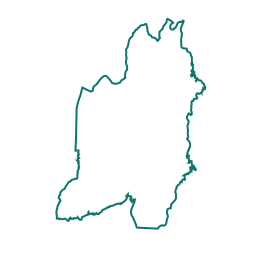 outline of Huazalingo, Hidalgo, Mexico, rotated 173°
{"feature_id": "50627088B24413335257695", "entity_name": "Huazalingo", "entity_type": "district", "adm_level": 2, "iso_a3": "MEX", "parent_name": "Mexico", "parent_adm1": "Hidalgo", "projection": "equal_earth", "projection_center": [-98.497, 20.994], "detail": "fine", "context": "isolated", "style": "outline", "palette": "teal", "viewbox_px": 256, "rotation_deg": 173, "n_neighbors": 0, "source": "geoboundaries", "source_scale": "gbopen_adm2", "svg_char_len": 5643}
<svg xmlns="http://www.w3.org/2000/svg" viewBox="0 0 256 256"><g transform="rotate(173 128 128)"><path d="M209.7,46.8L207.6,46.5L207.4,46.0L206.6,46.3L204.8,45.5L201.2,45.7L198.9,43.1L198.4,43.1L197.9,43.6L197.2,45.3L196.0,46.0L195.6,44.7L194.1,44.8L193.9,44.5L193.1,44.6L192.9,45.0L192.2,45.1L191.0,44.7L188.9,44.9L188.7,45.4L187.8,43.7L186.9,42.7L185.2,42.8L185.0,44.2L184.1,45.3L182.0,45.7L180.5,46.5L178.1,46.8L177.7,49.1L177.4,49.5L176.7,47.7L176.2,47.2L173.5,47.6L173.6,46.6L172.7,46.1L171.7,47.1L171.3,47.0L171.6,46.5L171.1,46.2L170.1,46.7L169.5,47.3L168.7,46.3L167.7,46.1L167.3,46.2L166.6,47.2L164.4,48.1L163.8,49.4L161.8,50.2L161.4,50.1L160.2,50.8L158.8,51.0L157.8,51.9L156.9,52.0L157.0,51.7L156.2,51.6L155.1,52.8L152.4,52.7L151.0,53.4L149.5,53.8L148.5,53.7L147.9,54.1L146.7,54.1L145.0,53.5L144.9,54.2L144.4,54.2L144.3,53.7L143.1,53.9L142.6,54.7L139.7,56.1L137.5,58.6L137.7,58.9L138.0,60.9L137.1,61.2L136.2,62.2L136.3,60.6L135.4,60.1L134.6,60.2L133.2,59.6L133.6,58.9L133.0,58.0L133.2,57.2L134.4,57.1L134.1,55.7L133.3,54.4L131.9,55.5L132.0,54.9L130.5,56.0L129.9,56.1L130.9,53.0L131.8,52.3L132.4,50.5L134.1,47.8L135.2,44.9L135.3,43.8L135.2,41.5L134.1,38.8L132.7,34.3L131.7,30.3L131.7,29.3L131.2,28.0L110.7,24.5L109.2,26.1L107.6,27.0L106.0,27.3L104.5,26.6L102.6,27.3L101.5,29.1L100.9,31.5L99.2,35.4L99.2,36.2L99.6,38.5L99.5,40.1L98.7,42.5L97.8,43.0L95.3,43.3L94.3,47.1L89.9,50.8L88.7,52.8L88.8,54.5L88.4,57.0L89.0,58.5L88.0,61.3L86.8,62.8L87.0,63.8L85.8,64.9L83.8,66.0L82.6,68.1L81.3,67.6L80.8,69.4L79.9,70.3L78.1,69.6L77.7,70.2L77.8,73.2L77.7,74.1L78.3,74.2L77.0,75.0L76.0,74.6L74.7,75.8L74.4,75.8L74.3,75.2L74.0,74.9L73.0,75.8L72.3,76.0L71.9,76.9L70.2,77.0L70.1,78.1L71.0,78.9L70.7,79.1L71.2,81.1L69.9,81.5L70.3,79.3L69.6,79.3L69.1,80.1L68.1,79.5L67.9,79.7L67.0,78.5L66.0,78.1L65.8,78.9L66.1,79.3L66.4,79.2L66.2,80.0L66.9,80.6L67.4,80.1L67.7,80.5L67.3,81.0L67.5,81.2L67.3,81.7L67.6,81.8L67.6,82.2L68.2,81.9L68.6,82.8L69.2,82.7L68.8,83.5L68.8,84.4L69.2,85.3L69.1,86.1L69.4,86.2L68.9,87.2L70.1,87.7L70.5,86.7L71.6,85.9L72.2,86.1L71.7,86.8L71.4,88.7L71.3,90.4L71.7,90.5L71.5,92.7L71.1,92.7L70.9,93.1L72.0,93.5L72.7,93.2L73.1,92.4L73.2,92.9L72.9,93.5L72.2,94.0L72.3,94.4L71.9,95.4L72.2,95.7L72.0,96.6L70.9,98.0L70.2,99.3L70.4,99.4L69.0,101.5L68.4,103.3L68.3,104.6L68.6,106.8L70.6,109.7L70.7,110.3L69.6,111.1L69.3,111.8L69.4,115.4L68.7,118.2L68.9,120.0L68.6,123.0L67.0,126.7L67.2,128.1L67.9,129.0L68.3,131.2L68.1,132.1L66.3,134.6L65.9,134.6L65.7,135.0L64.8,134.5L64.4,133.3L63.4,133.5L63.0,134.0L62.9,136.1L63.3,138.1L62.5,140.8L62.6,141.9L62.0,143.3L61.8,146.0L61.4,146.7L60.8,146.8L60.3,147.4L59.8,147.5L59.7,147.3L59.1,148.1L59.0,148.7L58.5,148.9L57.6,149.0L56.2,148.6L55.7,149.1L55.5,149.6L56.3,151.5L56.3,152.6L55.2,153.9L54.6,154.0L53.4,153.2L51.3,154.0L50.9,153.5L50.9,154.0L50.6,154.6L50.1,154.8L49.5,155.5L49.5,156.5L49.0,156.4L48.6,158.0L48.2,157.6L47.7,158.4L47.0,157.5L46.3,158.8L46.6,159.7L47.0,159.9L46.9,160.3L47.2,160.8L47.1,161.9L47.5,162.3L47.6,163.0L48.6,163.6L49.8,166.2L51.7,166.6L52.8,168.2L54.8,166.2L55.0,166.5L54.0,167.2L54.1,167.5L53.9,168.3L54.1,168.2L54.2,168.8L54.5,168.8L55.0,169.9L55.3,169.8L55.4,170.1L55.0,170.3L54.9,171.5L55.2,171.5L55.3,171.9L55.7,171.4L56.6,173.2L57.0,172.7L56.8,172.4L57.9,172.1L57.8,171.8L58.0,171.7L58.5,171.8L59.3,170.8L58.2,172.8L57.7,172.9L57.8,173.6L58.3,173.6L57.8,174.1L57.2,174.4L57.4,173.5L56.6,173.6L55.9,173.2L55.3,175.3L56.1,176.5L57.2,175.5L57.2,175.0L57.6,175.3L57.5,175.9L56.7,177.0L56.8,177.6L57.8,176.6L58.1,176.8L57.9,177.5L56.9,177.7L56.1,179.3L56.3,180.0L56.0,182.7L55.8,182.9L56.4,183.5L57.0,182.6L57.9,183.3L57.4,183.2L56.8,183.6L56.6,184.6L56.2,184.9L56.4,185.7L56.7,185.6L56.4,186.4L56.3,188.6L56.0,189.2L56.1,191.2L56.8,192.2L56.7,193.8L57.4,195.3L59.9,197.0L60.0,198.2L59.8,199.1L60.3,199.8L62.5,200.1L64.5,200.9L65.1,202.1L64.5,209.4L62.8,215.4L63.5,217.4L63.7,219.5L63.5,220.3L59.7,227.3L60.4,227.9L62.5,226.7L63.9,227.0L65.8,226.2L68.2,222.3L69.2,221.3L70.0,221.3L71.0,220.2L72.0,220.2L73.2,220.8L73.8,221.6L73.8,223.6L73.3,224.9L72.4,225.9L70.4,227.0L72.2,229.1L75.5,231.5L76.3,230.8L76.8,228.5L78.3,226.6L80.0,225.2L80.8,224.1L81.6,222.1L85.0,219.7L85.7,215.5L85.4,213.3L86.5,212.8L87.0,211.6L87.4,211.6L87.3,212.0L88.2,211.0L89.3,213.1L90.8,214.5L92.7,214.8L94.3,217.2L96.0,218.2L96.2,220.0L96.8,221.7L96.7,225.8L97.2,228.8L98.3,229.1L98.7,228.7L100.3,228.3L102.9,228.3L104.7,226.6L105.9,226.2L106.4,225.3L107.3,224.6L108.5,224.5L109.1,223.1L110.0,222.7L110.8,221.7L111.5,221.6L111.8,219.6L113.1,218.0L114.3,217.4L115.6,216.0L116.4,214.5L118.1,209.3L120.4,205.9L120.5,202.6L121.0,201.5L120.9,197.5L122.0,194.3L122.0,191.9L121.4,189.4L121.7,186.0L123.2,184.7L124.2,182.1L124.7,179.8L124.7,179.1L124.4,178.5L126.0,177.2L128.7,176.1L130.6,173.9L133.8,173.4L136.6,173.7L138.4,174.7L139.6,177.4L142.5,181.5L143.6,182.4L144.5,182.6L146.2,182.2L148.3,180.8L150.0,179.3L152.7,176.3L154.6,174.7L156.8,173.5L157.8,171.9L158.4,169.3L160.6,168.7L168.4,173.7L171.7,165.1L172.7,163.8L173.0,162.7L174.3,160.1L176.6,153.7L180.6,125.7L182.9,111.9L179.9,111.8L180.2,109.7L180.5,109.4L180.2,109.1L180.1,107.3L181.0,106.9L180.8,105.0L180.3,104.1L181.6,104.0L181.1,101.7L181.5,101.4L182.2,101.6L181.2,100.2L181.6,100.0L181.2,98.7L181.7,98.4L181.2,95.5L181.8,95.2L181.8,93.5L182.7,92.5L183.4,90.9L183.2,89.5L183.8,88.5L184.1,87.6L184.2,84.9L185.3,83.7L186.5,84.2L187.3,83.7L190.2,83.4L191.8,81.8L193.1,81.8L197.0,77.5L198.2,75.4L200.5,74.5L202.9,72.4L203.4,70.2L203.7,69.6L204.3,69.5L205.4,66.9L204.5,66.1L204.0,64.5L204.0,63.8L204.5,63.0L205.1,62.9L206.0,60.9L206.9,60.2L209.0,54.6L209.4,52.8L209.4,48.1L209.7,46.8Z" fill="none" stroke="#0f766e" stroke-width="2"/></g></svg>